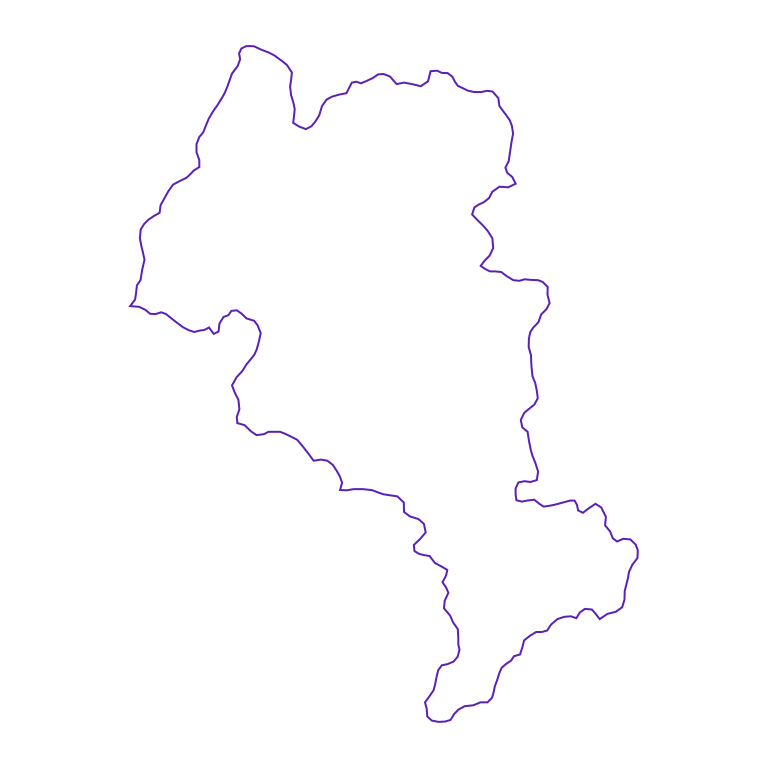 Felisburgo, Minas Gerais, Brazil (Robinson projection)
{"feature_id": "56859067B92479640908697", "entity_name": "Felisburgo", "entity_type": "district", "adm_level": 2, "iso_a3": "BRA", "parent_name": "Brazil", "parent_adm1": "Minas Gerais", "projection": "robinson", "projection_center": [-40.724, -16.662], "detail": "fine", "context": "isolated", "style": "outline", "palette": "violet", "viewbox_px": 768, "rotation_deg": 0, "n_neighbors": 0, "source": "geoboundaries", "source_scale": "gbopen_adm2", "svg_char_len": 4274}
<svg xmlns="http://www.w3.org/2000/svg" viewBox="0 0 768 768"><path d="M622.2,607.2L624.5,599.5L624.7,591.1L626.4,584.4L628.0,577.9L629.0,571.9L632.3,564.8L637.5,557.9L637.8,550.2L635.7,544.6L630.3,539.4L623.2,538.8L617.1,541.5L612.8,538.3L610.2,531.6L605.1,525.4L605.9,516.9L601.3,507.5L595.5,503.8L589.0,508.1L582.9,512.8L578.1,510.4L577.0,504.9L574.5,500.5L569.9,500.6L563.1,502.5L555.2,504.6L549.3,505.8L543.6,506.6L539.4,503.8L534.2,499.7L527.1,500.6L521.7,501.6L516.4,500.2L515.6,494.4L515.6,488.5L518.4,482.4L524.6,481.2L530.4,482.0L536.8,480.1L538.1,471.6L535.3,462.8L532.5,455.8L530.9,450.5L529.0,441.2L527.6,431.8L522.3,427.4L520.8,419.9L524.3,412.8L529.2,408.7L534.3,404.6L537.8,398.2L536.6,389.5L535.2,383.0L532.5,376.3L531.6,367.8L531.2,361.7L531.0,355.3L528.7,347.1L528.9,338.7L530.2,332.2L533.5,327.3L538.4,322.3L541.2,314.4L546.5,309.1L549.6,303.0L547.5,294.7L547.7,286.9L542.7,282.0L538.3,280.2L531.2,279.9L524.6,279.3L519.4,280.8L513.4,280.2L507.0,276.4L501.2,272.0L495.3,271.4L490.1,271.4L485.4,269.1L480.7,265.9L484.4,260.9L489.6,255.6L493.2,248.1L492.4,238.4L487.7,230.9L482.8,225.3L477.7,220.3L472.1,214.5L474.4,207.4L478.9,204.5L483.8,202.2L489.0,198.1L492.4,191.7L499.4,186.7L508.2,187.3L515.7,183.7L512.1,176.8L507.3,172.9L505.4,167.7L508.7,161.2L510.0,152.2L510.8,147.0L511.6,141.4L513.1,133.7L511.9,125.9L509.8,120.3L506.4,115.4L503.0,111.0L499.4,106.0L498.3,98.1L492.5,91.5L486.9,90.8L481.0,92.1L474.1,92.0L468.2,90.8L462.9,88.2L457.9,85.9L455.0,81.8L452.2,76.5L447.6,73.1L441.8,72.9L437.1,70.7L430.6,71.2L428.0,81.3L420.8,86.2L412.0,84.1L404.2,82.6L396.6,84.1L390.0,76.5L383.6,74.0L378.0,74.4L372.9,78.0L365.8,81.3L360.9,83.3L356.4,81.7L351.8,82.7L349.4,87.4L346.4,93.2L339.1,94.6L332.1,96.6L326.6,99.6L322.0,106.1L319.2,115.4L315.3,121.6L311.5,126.2L305.9,129.1L299.2,126.6L293.2,122.9L294.2,114.5L294.7,109.0L293.4,102.6L291.1,95.2L290.1,86.5L291.1,79.8L291.9,72.5L287.0,65.1L282.5,61.3L278.4,58.4L274.5,55.5L268.9,52.6L261.3,49.7L253.8,46.2L246.3,46.1L241.4,48.5L239.1,53.4L240.1,59.3L237.8,65.8L232.0,73.6L229.1,81.7L227.1,87.3L224.5,93.4L221.3,99.0L217.4,105.2L213.1,111.3L208.8,118.6L205.5,126.5L203.2,132.4L199.3,137.0L196.5,144.1L196.5,152.2L199.3,160.0L199.3,167.1L194.0,170.3L190.1,174.4L186.3,177.9L180.2,180.8L173.1,184.6L168.4,191.1L164.7,197.8L160.6,205.1L159.6,212.8L154.2,215.8L148.4,219.7L144.3,223.8L140.7,229.4L139.9,238.4L141.4,246.2L142.8,251.9L144.5,259.7L142.2,269.7L140.5,280.2L136.9,285.4L136.1,292.8L135.1,299.5L130.2,306.1L139.0,306.8L145.1,309.7L150.2,313.8L155.6,314.1L161.1,312.3L165.8,313.9L170.8,317.9L176.4,322.3L183.1,327.3L189.2,330.4L194.3,332.0L199.2,330.7L204.5,329.9L209.0,327.5L213.7,333.9L218.5,331.6L219.5,323.4L223.6,316.9L228.4,315.2L231.4,310.9L236.8,310.3L241.4,313.5L246.5,318.4L254.2,320.8L257.7,325.5L260.7,333.1L258.9,341.5L256.7,349.5L254.4,354.6L250.1,360.0L246.3,364.6L242.5,370.8L236.6,377.2L232.0,385.4L234.8,392.7L238.4,399.7L239.4,409.3L236.8,416.9L237.3,423.1L244.5,425.1L250.8,431.2L256.5,435.1L263.9,434.2L268.5,431.8L273.4,431.8L280.1,431.8L285.5,433.9L290.3,436.3L297.2,439.8L302.6,446.2L308.0,453.1L313.6,460.7L320.9,459.6L327.4,460.7L332.7,464.8L336.7,470.8L339.8,476.3L342.1,482.7L340.1,490.0L346.7,490.3L353.8,489.1L363.0,489.1L372.2,490.2L378.5,492.6L383.4,494.3L389.5,495.2L397.4,496.4L403.8,502.5L404.0,511.9L409.7,516.3L418.5,519.1L423.9,523.9L425.7,532.4L420.3,538.8L413.8,545.0L414.5,551.1L419.0,553.8L423.9,555.1L429.6,556.0L434.9,563.0L441.5,566.5L447.3,570.0L446.1,575.4L442.5,582.3L446.0,587.3L448.4,592.8L444.7,600.7L444.0,608.3L450.1,615.6L453.2,622.6L457.8,629.1L458.3,638.1L458.3,644.3L459.5,649.9L457.6,656.8L453.5,661.6L447.6,664.1L441.8,665.3L438.2,670.2L436.4,677.6L435.1,684.6L433.6,690.2L429.0,696.9L425.0,702.3L426.7,708.8L427.3,716.5L431.8,720.6L438.7,721.9L445.3,721.5L450.6,719.9L454.0,714.2L458.3,709.7L464.7,706.2L473.3,705.3L480.5,702.3L487.5,702.3L492.0,697.8L493.7,692.0L494.8,686.4L497.1,680.2L499.5,672.6L501.8,667.6L505.9,664.1L511.1,660.6L514.0,656.2L520.0,654.5L522.3,647.5L524.1,640.4L530.1,635.7L536.1,632.0L541.9,632.0L547.2,630.5L551.1,624.5L557.4,619.1L564.3,616.8L570.9,616.3L576.3,618.2L579.9,612.4L584.9,608.9L591.9,609.5L595.7,613.9L599.7,619.1L607.4,613.9L615.8,611.8L622.2,607.2Z" fill="none" stroke="#5b21b6" stroke-width="2"/></svg>